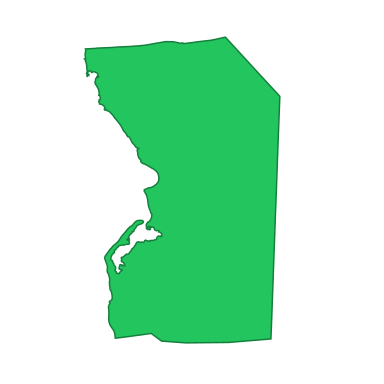 the district of Safata, Tuamasaga, Samoa, rotated 82°
{"feature_id": "51752279B93742903917224", "entity_name": "Safata", "entity_type": "district", "adm_level": 2, "iso_a3": "WSM", "parent_name": "Samoa", "parent_adm1": "Tuamasaga", "projection": "albers", "projection_center": [-171.851, -13.971], "detail": "fine", "context": "isolated", "style": "filled", "palette": "green", "viewbox_px": 384, "rotation_deg": 82, "n_neighbors": 0, "source": "geoboundaries", "source_scale": "gbopen_adm2", "svg_char_len": 5252}
<svg xmlns="http://www.w3.org/2000/svg" viewBox="0 0 384 384"><g transform="rotate(82 192 192)"><path d="M43.3,137.4L44.4,152.0L44.2,158.7L44.0,166.6L44.1,169.8L44.0,172.4L43.9,178.6L44.0,179.4L43.4,180.0L43.0,180.5L43.2,182.4L42.8,183.7L41.6,186.8L40.6,189.6L39.6,196.0L39.4,197.3L40.1,218.2L39.8,225.0L39.3,232.6L38.2,244.2L37.7,251.7L36.3,266.0L36.3,268.2L35.5,277.6L36.2,277.4L41.4,278.8L45.0,278.8L45.3,280.0L46.4,279.2L47.4,279.1L48.2,279.3L48.7,279.0L50.0,278.8L51.8,278.7L54.4,278.9L58.2,279.0L60.1,280.0L61.2,279.6L62.6,279.9L62.9,279.6L61.8,278.6L62.2,278.0L61.1,277.7L60.6,279.0L59.8,279.0L58.4,278.0L57.9,277.0L57.5,276.8L58.3,275.3L59.5,275.0L59.8,274.5L59.2,273.3L59.2,272.3L60.5,270.0L61.4,269.2L62.4,268.8L63.6,268.8L63.8,269.2L64.8,268.5L65.4,269.1L64.5,269.4L64.5,270.1L65.1,270.3L66.2,271.4L67.0,271.8L68.6,272.2L70.0,272.9L71.2,272.4L72.0,272.7L73.3,271.7L73.9,271.6L76.7,270.5L78.3,270.1L79.1,270.2L81.3,270.1L83.3,270.8L83.3,270.1L84.0,269.8L86.8,269.7L87.7,270.1L87.6,271.0L88.7,271.1L89.5,271.8L90.5,271.4L92.0,271.4L92.0,270.9L92.7,269.3L93.6,268.1L94.7,267.2L96.4,266.5L97.6,266.9L97.7,267.3L98.6,267.2L98.8,266.5L98.4,266.2L98.8,265.3L99.7,264.9L99.7,264.3L100.4,263.3L101.9,261.7L102.7,261.3L105.4,259.3L106.2,259.1L108.3,258.0L110.3,256.6L110.9,256.4L111.8,255.7L113.9,254.6L115.3,253.7L120.1,251.8L121.0,251.6L122.3,251.0L124.2,249.7L126.4,248.5L126.7,248.7L127.4,248.5L127.7,248.0L128.3,247.8L128.4,247.0L130.4,245.7L131.4,245.6L133.8,244.6L134.5,244.5L136.0,243.6L136.6,243.0L139.8,241.3L140.5,240.6L140.6,239.6L141.4,238.7L141.8,238.7L141.8,239.4L142.3,240.2L142.8,240.4L144.3,240.5L145.1,240.3L146.1,240.4L148.3,240.4L150.9,239.9L151.5,239.6L152.8,238.5L154.0,238.2L154.7,238.5L155.3,238.3L156.5,237.2L157.4,236.0L157.5,235.2L158.4,234.2L158.9,233.2L160.7,231.1L162.2,229.1L162.8,228.5L163.4,227.5L165.3,225.5L167.2,224.0L167.9,223.5L169.2,223.1L171.3,222.8L172.1,222.8L174.2,223.0L175.9,223.4L177.0,223.9L179.1,225.9L180.9,229.0L181.4,230.4L182.0,232.8L181.8,234.5L182.3,235.9L182.8,237.9L183.2,239.0L184.6,239.2L186.9,238.2L189.3,237.4L191.7,237.1L194.5,237.0L195.7,237.1L197.3,237.0L199.4,237.1L203.0,236.5L204.8,236.0L207.3,235.6L208.1,234.9L208.3,234.7L209.8,235.3L210.8,235.3L212.8,236.3L215.2,238.2L215.4,239.3L216.6,240.9L217.4,241.4L218.7,242.1L219.5,242.0L220.6,241.5L221.8,241.2L221.7,242.1L222.7,241.5L223.1,241.0L223.0,240.0L223.5,239.2L223.4,238.6L222.9,238.3L222.0,238.4L220.4,240.0L219.9,239.7L220.9,238.7L220.6,238.2L221.6,237.7L221.0,236.9L221.0,236.4L221.7,234.8L222.1,234.7L224.2,234.3L225.5,232.5L225.3,230.8L225.9,230.2L226.8,230.5L226.7,229.9L227.9,229.0L228.0,228.7L229.2,227.7L230.2,227.8L231.2,228.9L231.8,228.4L231.9,228.9L230.9,231.1L231.3,232.3L232.4,233.1L233.6,233.6L234.2,234.6L234.2,235.5L234.6,237.5L234.3,239.0L234.3,240.5L234.9,240.9L234.8,241.5L234.3,242.5L233.2,244.8L233.5,245.5L234.8,246.4L235.0,247.5L234.5,248.8L234.8,249.5L234.3,250.9L234.3,251.5L233.8,252.0L234.2,253.7L234.6,254.2L236.2,255.1L237.5,256.4L238.1,256.7L239.4,258.3L240.0,259.4L241.3,260.2L243.1,262.1L244.3,263.1L244.6,264.4L244.4,265.5L245.1,266.9L246.8,269.1L246.8,270.6L247.1,271.1L247.7,271.3L248.6,271.0L249.7,271.2L250.3,271.6L251.5,271.1L251.9,270.1L253.6,269.0L255.6,268.9L254.9,270.5L255.5,271.3L254.5,271.6L253.9,273.2L254.3,273.7L256.4,274.4L257.1,274.9L258.2,274.7L258.7,273.8L259.2,272.3L259.9,272.1L260.1,272.9L260.8,273.7L261.5,274.8L262.7,275.4L262.0,278.0L260.7,277.9L259.2,279.2L257.5,278.4L256.2,278.1L255.5,278.2L254.5,278.9L253.1,279.5L251.7,279.6L251.1,280.1L249.9,280.5L249.3,280.2L248.7,280.6L247.9,281.7L247.2,281.8L245.5,281.3L243.7,280.4L242.3,279.2L241.1,277.2L239.4,277.1L238.7,276.3L238.6,275.6L237.7,275.1L236.4,273.4L236.2,272.9L235.3,272.2L235.0,271.3L234.7,268.5L235.1,267.1L234.8,265.3L234.7,263.8L234.9,261.7L234.4,261.3L233.4,261.0L231.4,261.2L231.0,260.7L229.8,260.7L229.6,260.9L230.8,261.7L230.5,263.0L230.0,263.0L229.1,260.8L227.5,261.0L225.7,259.4L224.6,258.1L224.5,257.4L222.9,256.7L223.2,255.7L222.7,255.1L221.8,254.6L220.3,253.6L219.7,252.7L218.5,251.9L217.5,250.8L216.8,248.9L216.6,247.0L216.2,245.7L215.6,244.7L214.6,244.2L213.9,244.5L213.2,245.4L212.9,247.0L212.7,249.8L213.1,251.4L213.9,252.6L217.0,256.1L217.6,257.9L219.5,260.5L220.7,261.9L222.1,263.2L222.8,264.2L224.1,265.5L224.7,266.4L227.1,268.8L228.5,269.9L231.5,272.9L232.4,274.6L233.7,276.2L233.9,276.9L234.8,278.1L236.2,279.6L236.7,280.3L238.2,282.0L239.8,283.4L243.5,287.0L245.5,287.7L247.1,287.4L252.2,286.3L253.7,286.2L255.8,286.3L256.6,286.7L258.6,287.0L259.9,286.9L260.9,286.4L263.2,285.8L264.2,285.9L265.6,285.6L268.0,285.8L270.5,286.5L271.2,286.4L273.8,286.7L274.9,286.5L277.2,286.7L278.6,286.0L280.7,285.6L281.8,285.6L283.7,285.5L285.7,285.8L287.1,286.1L288.4,287.6L288.6,288.6L289.0,289.0L290.0,289.1L290.5,288.6L292.3,289.9L293.5,290.5L294.8,290.8L297.6,290.8L299.3,291.0L302.7,291.5L305.1,292.0L306.4,292.2L308.2,292.3L310.2,292.1L312.7,291.5L315.7,290.1L318.0,288.9L320.0,288.4L322.4,288.2L326.1,288.3L326.3,278.6L326.4,252.1L335.4,242.9L340.5,219.4L346.1,176.5L348.5,134.3L333.0,131.5L323.5,129.8L305.3,126.6L292.4,124.3L282.2,122.5L237.1,114.5L223.6,112.1L210.4,109.7L168.6,102.3L147.9,98.6L109.5,91.7L83.1,110.0L43.3,137.4Z" fill="#22c55e" stroke="#15803d" stroke-width="1.5"/></g></svg>